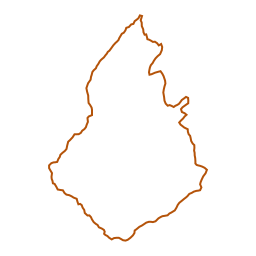 the district of Nova Granada, São Paulo, Brazil
{"feature_id": "56859067B55961897513084", "entity_name": "Nova Granada", "entity_type": "district", "adm_level": 2, "iso_a3": "BRA", "parent_name": "Brazil", "parent_adm1": "São Paulo", "projection": "equal_earth", "projection_center": [-49.322, -20.455], "detail": "fine", "context": "isolated", "style": "outline", "palette": "amber", "viewbox_px": 256, "rotation_deg": 0, "n_neighbors": 0, "source": "geoboundaries", "source_scale": "gbopen_adm2", "svg_char_len": 2979}
<svg xmlns="http://www.w3.org/2000/svg" viewBox="0 0 256 256"><path d="M191.2,141.0L190.6,137.9L190.1,135.8L188.7,134.3L187.9,131.8L187.7,129.2L186.0,128.4L184.2,127.5L182.2,125.9L180.5,124.6L179.2,122.5L180.8,120.7L183.1,118.5L184.6,116.5L186.5,114.8L184.6,113.2L181.9,112.0L181.0,109.1L182.5,107.3L184.3,106.0L186.4,104.5L188.2,103.3L188.3,100.7L188.1,97.9L186.0,96.9L184.2,98.3L181.8,100.0L180.4,102.0L178.9,103.9L177.1,105.0L175.3,105.8L173.7,107.0L171.6,105.9L169.7,105.1L167.7,105.7L165.7,103.6L164.5,100.7L164.1,97.1L163.3,92.5L163.8,89.4L164.5,86.4L165.4,83.6L165.1,80.7L164.3,78.3L163.6,76.2L162.3,73.7L160.5,71.2L158.5,71.7L155.0,72.7L151.6,74.2L149.5,74.7L149.0,72.3L149.4,69.9L149.9,67.5L150.8,65.2L152.7,63.0L153.8,60.9L155.5,58.4L157.6,56.2L160.1,54.1L161.8,50.2L162.2,47.0L161.1,44.0L158.8,45.4L157.1,43.2L154.9,41.7L152.9,41.9L151.0,40.7L149.1,39.7L147.4,39.2L147.0,37.2L146.2,34.4L144.6,34.7L143.5,32.3L143.2,29.3L141.8,26.1L141.7,22.6L140.7,20.3L142.0,16.0L139.9,15.4L138.4,18.3L136.4,19.9L134.7,21.1L133.4,23.9L131.2,24.4L128.9,27.0L126.3,27.8L125.4,30.4L123.8,32.7L121.8,33.8L120.4,36.2L119.2,38.2L118.5,40.0L116.9,41.7L115.6,42.8L113.4,45.2L110.9,48.7L109.4,50.7L107.8,51.9L106.8,53.7L105.5,55.2L103.9,57.4L101.2,59.7L99.7,61.4L98.4,63.8L96.7,66.2L95.9,68.3L93.7,70.3L92.4,72.0L91.7,74.8L91.0,76.9L90.6,79.7L88.1,83.2L86.4,88.1L87.1,91.7L88.2,95.5L88.3,99.1L88.6,103.0L90.1,105.0L91.6,107.6L92.0,109.7L92.0,115.1L88.7,116.5L87.5,118.0L87.9,121.9L86.7,124.7L85.9,127.2L84.4,129.1L82.2,130.7L80.8,132.9L78.7,134.2L74.5,134.3L72.6,137.3L69.9,140.2L68.2,141.7L67.2,145.5L66.5,149.0L64.8,151.0L62.4,152.9L60.4,154.8L59.7,157.1L58.4,158.9L57.2,161.9L55.2,162.3L53.5,162.4L51.3,163.2L49.1,165.4L49.1,168.1L50.3,170.3L52.0,173.1L51.5,176.8L51.7,178.9L52.5,180.9L52.9,183.3L54.6,183.9L56.4,186.9L57.7,189.5L60.5,190.0L62.9,190.3L64.5,193.0L66.4,194.6L69.3,195.2L71.6,196.3L73.6,197.6L76.7,198.8L77.4,201.5L78.4,204.3L80.1,203.9L81.7,205.1L82.6,207.6L84.2,209.9L84.8,213.0L87.5,215.5L89.4,215.4L91.0,217.2L91.9,219.3L93.7,222.1L95.7,223.8L97.6,225.0L98.9,227.3L101.7,228.5L103.9,229.9L104.7,231.7L104.1,233.8L105.4,235.0L107.4,236.0L109.2,237.8L111.7,239.4L114.0,238.1L116.5,237.8L118.8,237.8L120.5,238.7L123.0,240.2L125.5,240.6L127.7,239.8L130.4,237.8L132.9,235.4L134.4,233.1L134.7,230.5L136.4,229.3L139.4,226.8L141.8,225.6L143.2,224.7L146.3,222.6L148.9,221.8L150.9,221.8L152.9,222.1L155.5,221.3L158.5,218.3L160.9,216.9L162.4,216.2L164.3,215.9L167.6,215.3L169.4,213.5L171.4,212.5L174.8,210.4L176.5,207.6L177.7,205.0L179.3,202.8L181.8,200.8L184.2,198.8L185.8,197.6L187.4,196.2L189.3,193.9L191.7,192.9L193.9,191.6L196.2,190.9L198.5,190.6L200.1,190.2L201.4,187.4L200.1,184.3L200.6,182.3L201.6,179.8L203.2,176.4L205.6,173.2L206.9,169.8L204.6,167.8L202.2,166.6L199.9,165.8L198.1,165.4L196.6,164.9L195.4,163.5L195.4,161.0L195.2,158.1L194.7,155.4L194.6,152.7L194.1,150.6L194.4,147.9L194.3,145.1L192.7,143.6L191.2,141.0Z" fill="none" stroke="#b45309" stroke-width="2"/></svg>